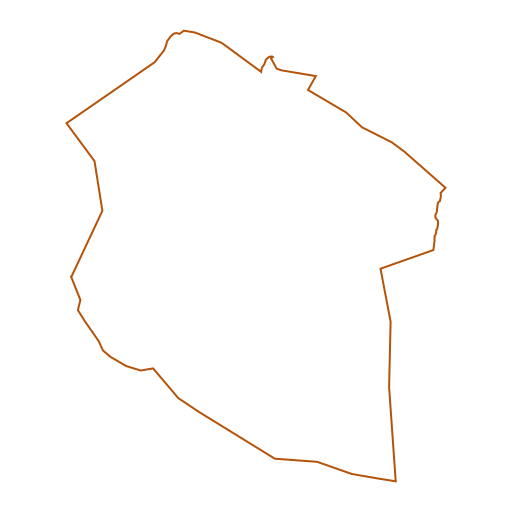 Biger, Govi-Altay, Mongolia (Mercator projection)
{"feature_id": "93677404B62512479236782", "entity_name": "Biger", "entity_type": "district", "adm_level": 2, "iso_a3": "MNG", "parent_name": "Mongolia", "parent_adm1": "Govi-Altay", "projection": "mercator", "projection_center": [97.259, 45.717], "detail": "fine", "context": "isolated", "style": "outline", "palette": "amber", "viewbox_px": 512, "rotation_deg": 0, "n_neighbors": 0, "source": "geoboundaries", "source_scale": "gbopen_adm2", "svg_char_len": 1164}
<svg xmlns="http://www.w3.org/2000/svg" viewBox="0 0 512 512"><path d="M221.9,43.0L217.8,41.3L194.9,32.5L183.9,30.7L179.4,33.9L176.8,33.1L174.8,33.3L173.1,34.2L170.6,36.5L167.0,41.4L166.1,45.4L163.8,50.7L154.7,62.2L66.5,123.2L94.5,161.1L102.4,210.8L78.0,262.7L71.3,276.9L71.2,276.9L80.4,300.0L77.9,310.1L84.3,320.4L98.6,341.0L103.0,350.5L110.5,356.9L126.3,366.1L140.7,370.5L153.1,368.4L178.4,398.2L199.2,412.1L274.8,458.7L317.0,461.8L351.8,474.0L379.2,478.7L395.7,481.3L389.1,387.1L390.6,321.7L380.5,268.7L433.4,250.0L434.6,240.3L434.4,238.7L434.7,237.7L434.5,236.3L435.2,235.3L436.2,232.6L436.2,230.1L437.2,229.0L437.5,227.0L438.1,224.6L438.0,222.6L438.0,220.9L436.7,219.3L435.4,217.5L435.4,214.9L436.4,213.0L436.8,211.6L437.0,209.6L437.3,207.1L437.8,203.3L438.4,202.1L440.0,201.0L440.1,200.2L440.9,196.3L440.6,193.0L445.5,187.8L404.3,151.6L391.9,142.4L362.0,127.3L346.2,112.5L308.0,90.0L315.8,76.1L281.3,70.3L276.6,68.6L271.6,59.3L271.1,59.0L271.2,58.1L272.1,57.3L272.8,57.0L272.1,56.5L269.5,56.7L267.7,58.0L265.8,59.7L265.5,61.1L264.2,64.4L262.3,67.1L261.7,68.3L261.5,69.8L261.2,71.9L221.9,43.0L221.9,43.0Z" fill="none" stroke="#b45309" stroke-width="2"/></svg>